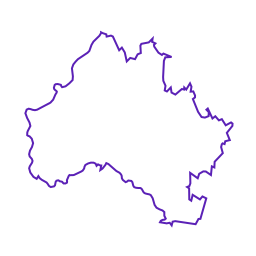 map outline of Luxembourg (Natural Earth projection), rotated 96°
{"feature_id": "BEL-3477", "entity_name": "Luxembourg", "entity_type": "Province", "adm_level": 1, "iso_a3": "BEL", "parent_name": "Belgium", "parent_adm1": "", "projection": "natural_earth1", "projection_center": [5.558, 49.963], "detail": "fine", "context": "isolated", "style": "outline", "palette": "violet", "viewbox_px": 256, "rotation_deg": 96, "n_neighbors": 0, "source": "natural_earth", "source_scale": "10m", "svg_char_len": 2933}
<svg xmlns="http://www.w3.org/2000/svg" viewBox="0 0 256 256"><g transform="rotate(96 128 128)"><path d="M74.5,190.0L70.5,189.0L67.4,187.0L64.8,185.0L57.4,176.1L55.4,174.5L49.2,173.0L45.7,171.4L39.3,166.1L36.2,164.6L35.7,164.7L36.3,163.1L37.1,159.4L39.3,158.8L37.9,154.6L38.6,152.6L51.6,144.9L48.7,142.5L53.2,139.1L61.9,136.2L58.1,133.1L58.8,128.2L53.7,126.1L52.1,123.1L44.8,124.3L42.9,123.5L40.7,116.3L36.5,112.9L39.8,113.0L41.0,109.6L42.6,110.9L44.3,110.4L49.9,105.6L51.8,101.9L50.3,100.6L52.8,92.1L53.8,98.3L57.5,99.3L73.7,98.4L77.4,97.8L82.1,95.1L86.8,95.4L87.6,93.1L83.2,89.7L88.2,88.4L89.8,84.4L83.6,78.5L83.9,76.3L81.8,76.3L83.7,74.1L77.1,71.0L80.3,69.2L85.3,69.5L84.8,66.9L88.7,64.7L90.6,64.6L92.4,66.5L104.6,60.0L109.4,56.0L109.6,52.6L107.8,49.1L103.8,49.3L101.6,51.9L100.3,50.7L109.7,45.0L107.2,42.4L110.9,38.4L109.4,35.6L115.1,31.1L111.7,26.1L112.7,24.5L115.0,24.4L122.5,29.2L129.4,25.5L131.0,29.9L133.9,30.3L133.4,32.3L134.4,33.0L137.2,33.4L143.1,31.1L152.5,38.3L158.2,38.0L157.4,40.6L166.1,40.6L163.1,46.1L163.3,48.6L166.1,52.4L170.7,53.4L166.1,61.5L176.5,60.2L179.3,60.9L180.5,63.0L181.6,60.9L192.6,59.6L193.7,57.5L187.7,56.7L191.5,49.0L188.3,46.8L189.8,42.8L210.8,46.5L211.1,48.4L216.6,50.7L215.7,71.3L216.5,73.8L220.3,74.4L217.9,76.6L218.6,79.0L218.8,79.5L218.4,86.3L216.9,85.7L215.8,84.1L215.3,82.0L214.2,81.0L211.5,82.7L207.8,83.1L206.4,85.1L205.6,88.1L204.3,91.3L201.7,93.5L195.3,96.1L192.4,98.3L191.8,99.7L191.4,103.3L191.0,104.8L190.0,106.0L187.4,107.8L186.4,109.2L186.6,111.8L186.6,113.8L186.2,115.6L184.9,116.7L181.4,118.0L180.3,119.1L180.2,122.2L181.4,123.4L182.1,124.7L180.2,127.7L178.7,128.8L176.2,129.3L175.0,130.0L173.6,131.5L173.0,132.6L172.6,133.7L171.9,135.2L165.9,143.7L165.2,145.9L167.2,146.7L171.0,149.1L172.7,151.1L168.1,150.7L168.1,152.0L167.9,152.7L167.6,153.2L167.3,154.0L168.9,155.3L166.9,156.4L166.1,158.5L166.3,161.2L167.4,163.9L169.2,166.5L171.0,167.2L172.9,167.4L175.1,168.6L176.2,170.0L180.3,176.7L180.6,177.7L181.0,180.8L180.9,181.3L182.0,182.0L184.4,182.7L185.5,183.1L186.4,183.3L187.5,183.0L188.7,183.0L189.7,184.4L189.7,184.9L189.9,186.1L189.3,187.0L188.4,187.8L188.2,189.0L188.1,190.4L187.6,191.1L187.3,191.9L187.9,193.6L189.1,194.3L192.6,194.6L193.8,195.5L194.8,198.7L193.8,200.6L192.1,201.9L190.7,203.3L188.5,208.4L187.1,210.6L185.2,212.1L188.1,213.5L186.5,216.9L182.5,220.5L178.4,222.1L176.4,221.7L172.5,219.8L170.7,219.5L168.8,220.4L166.6,222.8L164.4,223.6L160.7,223.1L156.9,221.5L153.0,220.8L148.7,222.6L146.6,225.0L146.2,226.6L145.7,227.5L143.1,227.7L141.6,227.4L136.2,225.3L132.9,226.5L128.5,229.4L124.0,231.6L120.3,230.7L119.2,228.8L119.4,226.8L119.9,224.7L120.0,222.4L119.3,220.3L110.9,207.8L109.0,206.4L107.7,205.4L102.3,203.7L100.3,202.7L99.2,202.6L98.6,203.2L97.9,204.4L96.9,205.5L95.7,205.9L92.8,205.4L92.0,204.5L91.6,202.5L92.1,199.3L93.5,198.6L94.3,197.8L93.1,194.5L89.7,191.0L86.1,188.1L82.4,188.2L74.5,190.0Z" fill="none" stroke="#5b21b6" stroke-width="2"/></g></svg>